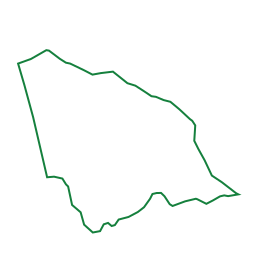 Goudoumaria, Diffa, Niger (Natural Earth projection), rotated 77°
{"feature_id": "23599985B75635581877036", "entity_name": "Goudoumaria", "entity_type": "district", "adm_level": 2, "iso_a3": "NER", "parent_name": "Niger", "parent_adm1": "Diffa", "projection": "natural_earth1", "projection_center": [11.333, 13.844], "detail": "fine", "context": "isolated", "style": "outline", "palette": "green", "viewbox_px": 256, "rotation_deg": 77, "n_neighbors": 0, "source": "geoboundaries", "source_scale": "gbopen_adm2", "svg_char_len": 927}
<svg xmlns="http://www.w3.org/2000/svg" viewBox="0 0 256 256"><g transform="rotate(77 128 128)"><path d="M40.5,220.6L62.9,219.3L96.2,218.0L157.8,217.9L158.8,211.0L162.5,203.3L169.0,201.1L171.5,199.5L190.4,199.8L199.5,193.1L212.3,192.5L221.9,185.8L222.2,178.4L216.4,173.3L216.0,168.8L219.8,166.0L219.6,162.6L215.1,157.7L214.8,147.6L212.1,137.4L208.8,130.2L201.9,122.4L197.8,119.0L197.8,114.7L198.7,110.4L202.7,107.8L211.6,104.5L214.0,102.1L212.3,88.8L212.2,77.8L213.0,76.5L219.5,68.7L217.7,61.6L215.3,53.7L215.3,49.4L216.9,45.8L217.5,35.4L216.5,36.6L215.8,37.4L202.0,48.7L193.2,57.0L176.7,60.6L164.5,64.1L155.4,66.3L140.6,61.9L135.4,63.8L133.2,65.7L121.1,73.9L112.0,80.8L108.8,87.0L103.9,93.8L102.3,98.0L95.7,104.2L88.4,111.3L84.2,118.5L69.7,130.0L68.4,142.1L68.0,150.6L61.8,157.9L52.2,169.9L50.4,173.8L45.2,178.9L34.8,187.6L33.8,190.1L35.7,196.4L38.9,207.0L40.5,220.6Z" fill="none" stroke="#15803d" stroke-width="2"/></g></svg>